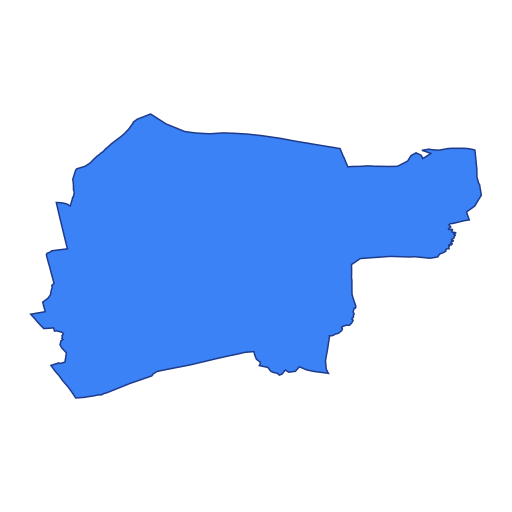 Staburaga pag., Jaunjelgavas, Latvia (Natural Earth projection)
{"feature_id": "27541924B51848948627496", "entity_name": "Staburaga pag.", "entity_type": "district", "adm_level": 2, "iso_a3": "LVA", "parent_name": "Latvia", "parent_adm1": "Jaunjelgavas", "projection": "natural_earth1", "projection_center": [25.538, 56.541], "detail": "fine", "context": "isolated", "style": "filled", "palette": "blue", "viewbox_px": 512, "rotation_deg": 0, "n_neighbors": 0, "source": "geoboundaries", "source_scale": "gbopen_adm2", "svg_char_len": 5956}
<svg xmlns="http://www.w3.org/2000/svg" viewBox="0 0 512 512"><path d="M328.4,373.4L326.3,369.2L326.0,366.8L325.7,363.1L325.5,361.3L325.4,361.2L325.5,360.9L326.0,357.5L327.0,352.3L327.4,350.0L329.6,336.0L329.5,335.8L331.5,335.8L332.4,335.6L333.4,335.2L335.3,334.1L336.3,333.9L337.7,333.5L338.1,333.3L339.0,332.9L341.0,331.1L341.6,330.7L341.9,330.2L342.2,329.6L342.2,328.2L341.7,327.6L341.7,327.4L341.8,327.1L341.9,326.9L342.1,326.8L343.0,326.4L343.8,326.0L346.1,325.3L346.7,325.2L347.6,325.2L348.4,325.3L349.4,325.2L350.1,324.8L350.8,323.9L351.9,322.7L352.3,321.8L353.0,320.7L353.1,320.3L352.9,320.1L352.6,319.7L352.1,319.2L351.8,318.9L352.1,318.4L352.7,318.0L353.2,317.3L353.5,316.6L353.5,316.0L353.5,315.7L353.4,315.4L353.3,315.1L353.5,314.8L353.7,314.7L353.9,314.5L354.0,314.1L354.0,313.7L353.9,313.2L353.5,312.6L353.1,312.0L353.1,311.7L353.4,311.0L353.7,310.0L354.1,308.3L355.4,308.1L355.4,307.9L355.8,307.3L355.7,307.1L355.7,306.0L355.7,305.7L353.9,300.6L352.2,295.1L352.0,294.0L351.9,287.2L351.9,280.3L351.5,277.7L351.6,274.5L351.6,269.2L351.5,264.5L356.3,261.4L356.4,261.2L359.8,258.9L360.1,258.6L372.9,257.6L380.6,257.1L384.1,256.8L390.5,256.4L404.2,256.8L409.8,257.0L411.8,256.9L414.6,256.7L429.8,258.2L432.8,257.8L437.8,256.9L439.5,254.2L441.8,253.2L443.8,252.4L445.2,251.5L445.9,251.0L445.9,250.7L445.8,250.3L445.7,249.8L445.9,249.5L446.1,249.3L446.5,249.0L447.2,248.8L448.0,248.8L448.7,248.8L449.1,248.7L449.0,248.1L448.8,247.6L448.6,247.2L448.6,246.9L449.0,246.5L449.4,246.2L449.4,245.9L449.3,245.5L449.0,245.3L448.7,245.0L448.7,244.9L448.8,244.8L449.3,244.7L449.8,244.8L450.3,245.0L450.6,245.1L451.0,245.0L451.3,244.8L451.7,244.4L452.0,244.2L452.2,243.9L452.2,243.7L451.9,243.5L451.6,243.4L451.1,243.2L450.8,243.0L450.8,242.6L451.4,242.0L452.1,241.7L452.9,241.4L453.2,241.1L453.3,240.9L453.2,240.6L452.9,240.5L452.7,240.4L452.3,240.4L452.0,240.5L451.7,240.5L451.6,240.3L451.4,239.8L451.6,239.6L452.2,239.0L453.4,238.4L453.9,238.1L454.1,237.7L454.2,236.8L454.3,236.3L454.4,236.2L454.6,236.0L455.0,235.7L455.2,235.4L455.2,235.0L455.0,234.7L454.7,234.6L454.3,234.6L453.9,234.4L453.8,234.1L453.8,233.9L454.1,233.6L454.4,233.4L454.8,233.3L455.7,233.1L455.7,232.8L455.3,232.6L454.7,232.4L453.3,232.3L452.6,232.3L452.1,232.1L451.8,231.9L451.7,231.5L451.9,231.0L452.2,230.7L452.4,230.4L452.5,230.0L452.5,229.6L452.0,229.3L451.5,229.3L450.7,229.4L450.1,229.5L449.3,229.6L448.8,229.5L448.5,229.3L448.5,228.9L448.5,228.7L448.8,228.3L449.3,228.0L450.0,227.7L450.6,227.3L450.7,227.0L450.7,226.6L450.2,226.1L449.6,225.6L449.0,225.2L449.0,224.7L449.3,224.3L450.2,223.8L450.9,223.6L452.4,223.5L453.2,223.4L464.2,220.7L467.2,220.2L469.3,219.9L469.0,219.2L466.5,212.1L467.3,211.4L474.8,206.0L479.6,198.0L481.3,195.4L480.4,189.5L479.9,187.1L479.9,186.5L479.7,185.0L478.4,182.6L478.2,181.7L476.9,176.8L476.9,170.0L476.4,164.9L476.1,161.5L474.9,150.1L474.2,149.9L473.6,149.7L472.9,149.5L472.2,149.4L471.4,149.2L470.7,149.1L470.0,148.9L469.3,148.8L468.6,148.7L467.9,148.6L466.9,148.5L465.7,148.4L464.9,148.4L463.4,148.3L462.6,148.3L458.1,148.3L453.1,148.3L452.3,148.3L451.5,148.3L450.7,148.4L449.9,148.4L449.2,148.5L448.5,148.5L447.7,148.6L447.0,148.7L446.2,148.9L443.8,149.3L442.2,149.6L441.4,149.7L440.7,149.9L440.0,150.0L439.7,150.1L437.0,150.1L432.1,149.7L429.9,149.4L429.3,149.1L421.9,150.3L430.9,153.4L424.7,157.4L422.9,158.5L422.9,157.9L422.3,157.3L421.9,156.9L421.8,156.3L421.6,156.0L421.4,155.6L420.9,155.3L420.4,154.9L419.6,154.4L417.9,153.8L416.1,152.8L411.1,155.5L409.9,157.4L407.6,161.1L397.5,166.3L387.8,166.5L385.5,166.4L380.2,166.3L375.0,166.3L371.4,166.0L366.4,165.9L363.1,166.2L358.9,166.4L355.0,166.4L351.6,166.5L347.9,166.9L346.5,163.8L344.2,158.1L342.5,154.6L340.1,148.6L295.5,141.2L280.8,138.4L261.5,135.6L247.5,134.1L236.4,133.4L223.6,132.9L209.5,133.8L195.6,133.0L184.6,131.5L166.0,123.9L150.6,114.0L137.4,119.1L133.3,122.1L133.3,122.8L132.9,123.2L131.1,125.8L128.5,129.4L127.1,130.7L126.6,131.3L124.2,133.8L121.2,136.4L114.8,141.2L111.0,144.1L109.7,145.4L107.2,147.6L105.6,148.9L103.0,151.7L101.0,153.0L99.0,154.8L97.0,156.2L92.8,160.2L90.2,162.9L88.3,164.2L85.0,166.3L83.8,166.7L76.8,168.8L75.6,170.3L72.8,179.2L73.4,184.2L73.5,190.1L73.9,190.9L74.3,192.4L73.2,197.3L72.7,197.3L72.4,198.5L72.3,199.1L72.1,199.8L71.8,200.7L71.6,201.5L71.2,202.8L70.7,204.3L70.2,205.8L70.1,206.0L69.3,205.6L68.6,205.0L67.1,204.1L65.8,203.7L63.9,203.2L62.1,202.9L59.4,202.6L56.3,202.5L57.5,207.8L60.1,218.9L60.7,221.2L64.3,236.3L67.4,248.8L51.7,250.8L50.8,251.5L50.3,251.9L50.1,252.1L49.8,252.2L48.7,252.6L48.1,252.9L47.5,253.1L47.2,253.3L46.8,253.7L46.7,254.2L46.6,254.4L46.5,254.7L46.4,254.8L46.8,256.6L47.6,259.6L48.4,262.7L49.8,267.5L51.2,273.0L53.0,279.3L53.6,281.9L54.1,283.4L51.8,285.4L52.2,287.4L51.0,291.4L50.5,294.7L47.9,298.3L42.7,302.1L43.1,303.7L45.2,311.7L30.7,314.2L35.5,319.5L36.4,320.7L36.8,321.2L40.0,324.7L43.8,328.6L53.6,327.9L54.5,331.1L56.6,330.8L58.9,331.5L60.7,331.9L62.1,332.4L63.5,333.9L61.9,335.8L62.4,337.5L61.8,338.6L63.0,339.5L60.7,341.1L60.6,342.3L60.6,342.6L60.0,344.7L61.8,348.0L64.6,351.0L66.0,352.4L66.3,352.8L66.3,353.0L65.7,357.4L64.9,362.2L63.6,362.5L60.4,363.4L60.1,363.4L58.7,362.9L58.4,363.0L50.9,365.4L54.7,370.6L57.3,373.7L58.8,375.2L61.9,379.7L63.2,381.3L65.2,383.6L68.3,387.2L71.9,392.2L74.0,395.4L75.7,398.0L83.8,397.4L94.8,395.7L97.8,394.9L97.9,395.0L101.6,394.8L104.0,393.5L106.2,393.0L117.0,388.7L129.5,383.6L134.8,381.8L145.5,378.1L151.8,375.9L153.0,374.1L156.9,371.5L159.3,371.0L164.4,369.9L173.3,368.2L174.2,368.0L180.4,366.8L188.7,365.2L191.5,364.6L198.9,362.8L203.7,361.7L214.5,359.1L223.7,357.0L230.0,355.6L233.2,355.0L237.8,354.0L245.1,352.3L253.9,351.6L254.7,355.0L256.4,359.2L259.9,361.9L260.4,363.2L259.3,365.6L265.9,367.0L267.8,367.4L270.9,371.4L274.3,372.7L277.0,373.1L279.3,375.1L282.1,374.1L283.4,372.4L285.2,370.0L288.8,372.2L293.3,371.6L295.4,371.3L296.2,370.4L299.4,366.8L306.4,369.8L312.7,371.2L314.3,371.5L327.5,373.2L328.4,373.4Z" fill="#3b82f6" stroke="#1e3a8a" stroke-width="1.5"/></svg>